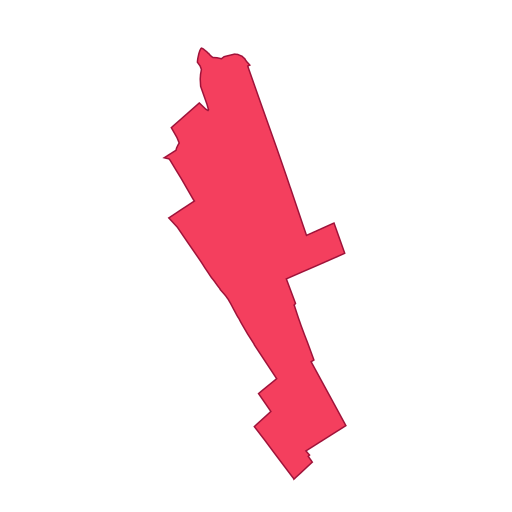 the district of Independenta, Calarasi, Romania, rotated 134°
{"feature_id": "2599482B9869535617898", "entity_name": "Independenta", "entity_type": "district", "adm_level": 2, "iso_a3": "ROU", "parent_name": "Romania", "parent_adm1": "Calarasi", "projection": "robinson", "projection_center": [27.18, 44.323], "detail": "fine", "context": "isolated", "style": "filled", "palette": "rose", "viewbox_px": 512, "rotation_deg": 134, "n_neighbors": 0, "source": "geoboundaries", "source_scale": "gbopen_adm2", "svg_char_len": 2670}
<svg xmlns="http://www.w3.org/2000/svg" viewBox="0 0 512 512"><g transform="rotate(134 256 256)"><path d="M379.9,138.7L380.0,138.1L380.8,132.4L381.5,127.9L382.3,122.3L385.1,105.3L387.6,89.5L389.5,77.4L390.0,73.8L390.1,73.7L389.6,73.6L388.1,73.6L380.2,73.1L377.8,73.0L366.4,72.4L365.2,72.3L364.7,74.6L364.5,75.8L364.4,76.3L363.8,79.3L362.9,79.3L362.0,79.2L361.8,82.0L361.5,84.7L347.9,81.4L338.5,79.1L315.6,73.5L306.6,102.1L293.8,142.9L290.6,142.1L285.0,153.6L282.4,159.0L280.7,162.7L279.0,166.4L276.6,171.4L274.2,176.4L274.1,176.5L272.6,179.5L271.2,182.3L269.0,186.5L265.0,194.0L264.9,194.2L264.8,194.3L264.8,194.5L262.7,194.6L251.4,218.3L236.3,212.1L221.2,205.8L206.8,199.9L196.5,195.7L193.0,194.3L192.4,194.1L178.1,222.8L206.1,234.0L201.1,243.8L183.3,278.2L182.8,279.3L177.7,289.1L164.4,315.3L144.2,355.9L139.2,365.9L126.4,391.4L125.1,393.9L123.0,393.1L123.0,393.6L122.9,394.2L122.9,394.3L122.8,395.2L122.8,395.8L122.7,397.3L122.5,398.7L122.2,400.2L122.0,400.5L121.9,401.3L122.0,403.1L122.0,404.8L122.9,407.0L123.7,409.2L124.7,410.4L125.7,411.7L130.3,414.6L132.5,416.0L134.8,417.4L138.1,417.9L140.5,421.8L141.6,423.1L142.7,424.4L143.1,424.7L143.3,425.9L143.4,427.1L143.4,429.6L143.1,430.7L143.3,431.0L143.4,431.3L143.3,432.3L143.3,433.4L143.4,434.4L143.5,435.5L143.6,436.2L143.6,437.0L143.7,437.7L143.8,438.3L144.1,439.0L144.3,439.6L144.7,439.7L145.1,439.7L147.2,439.1L150.3,437.6L150.6,437.4L154.3,435.1L155.8,434.0L157.3,432.8L157.7,430.6L158.1,428.3L158.9,426.6L159.7,424.9L161.7,423.5L163.7,422.2L165.6,420.6L167.4,419.1L169.9,416.4L172.4,413.7L176.7,405.1L181.0,396.5L182.4,394.1L183.8,391.7L184.7,391.6L185.0,392.9L185.3,394.3L185.3,403.1L203.9,404.6L222.5,406.1L224.1,400.6L225.7,395.1L226.9,392.4L228.1,389.7L229.6,389.4L230.7,389.1L233.6,388.1L235.5,387.0L235.9,387.1L242.5,388.7L249.1,390.3L247.9,388.2L246.6,386.2L246.7,385.2L246.8,384.2L249.6,373.7L252.3,363.3L255.6,351.9L258.9,340.4L259.2,338.5L274.2,341.9L289.2,345.2L289.9,332.7L293.8,313.9L297.0,298.0L297.6,295.0L298.5,290.8L299.1,288.2L299.7,285.8L300.2,283.7L301.0,279.8L301.9,275.8L302.2,274.4L302.5,273.0L302.7,271.3L302.9,269.6L303.2,267.7L303.6,265.8L303.6,265.5L303.9,264.0L304.2,262.1L304.4,260.7L304.6,259.3L304.7,258.9L304.9,258.7L305.0,258.5L305.2,255.7L305.5,252.1L305.8,249.5L306.2,247.6L306.5,245.8L307.1,243.8L307.8,241.3L308.6,238.8L309.2,237.0L309.8,235.2L311.2,230.8L311.8,229.0L312.3,227.3L312.6,226.2L312.8,225.0L313.4,223.3L314.2,220.9L314.9,218.5L316.4,213.2L317.9,207.9L319.3,202.0L320.7,196.1L321.0,195.8L325.5,175.6L326.1,172.9L329.9,155.9L341.6,157.3L347.4,158.0L353.2,158.6L357.5,137.3L376.0,138.5L379.9,138.7Z" fill="#f43f5e" stroke="#9f1239" stroke-width="1.5"/></g></svg>